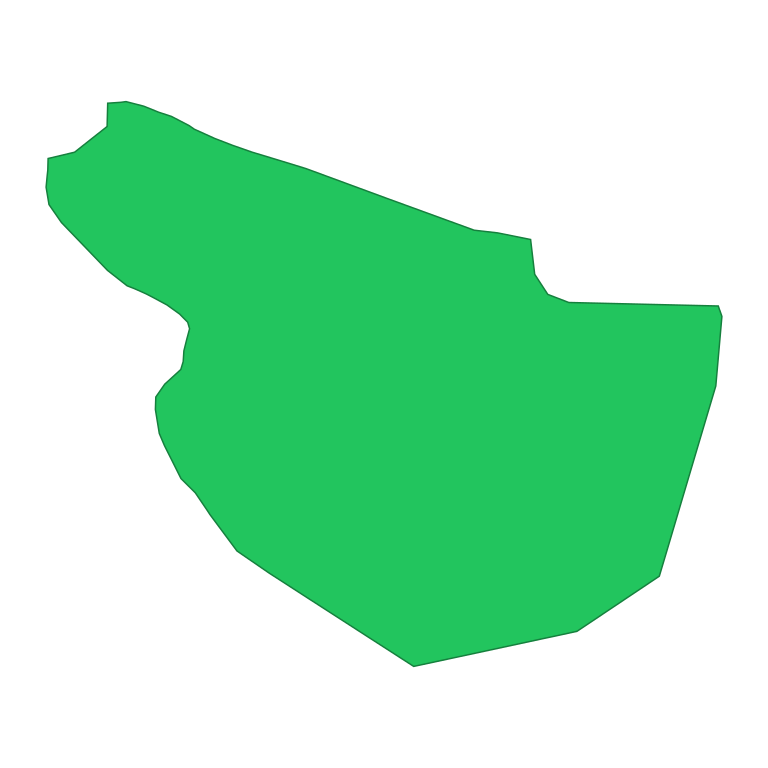 Abu Jabrah, Eastern Darfur, Sudan
{"feature_id": "16777658B57508233382932", "entity_name": "Abu Jabrah", "entity_type": "district", "adm_level": 2, "iso_a3": "SDN", "parent_name": "Sudan", "parent_adm1": "Eastern Darfur", "projection": "orthographic", "projection_center": [26.739, 10.949], "detail": "fine", "context": "isolated", "style": "filled", "palette": "green", "viewbox_px": 768, "rotation_deg": 0, "n_neighbors": 0, "source": "geoboundaries", "source_scale": "gbopen_adm2", "svg_char_len": 1192}
<svg xmlns="http://www.w3.org/2000/svg" viewBox="0 0 768 768"><path d="M48.1,158.5L47.8,170.1L47.2,175.6L46.1,187.2L49.0,204.6L61.5,222.6L107.5,270.4L127.1,285.8L134.3,288.6L145.1,293.4L146.6,294.1L152.2,297.0L166.9,304.9L179.7,314.1L183.8,318.3L187.7,322.2L189.4,328.1L189.6,328.7L186.7,339.5L183.9,350.8L183.2,361.6L180.8,369.5L166.8,382.3L164.8,384.1L155.8,397.0L155.4,409.5L159.3,433.5L164.5,445.7L172.5,461.6L181.0,478.6L195.3,492.8L207.5,510.8L209.9,514.5L237.0,551.0L269.0,573.0L310.3,599.7L413.4,666.2L413.7,666.4L451.0,658.4L544.1,638.4L555.0,636.1L577.0,631.3L624.5,599.5L659.3,576.2L659.4,575.9L668.8,544.3L681.9,500.1L698.2,445.2L715.8,386.0L721.9,316.5L721.8,316.2L721.6,315.5L721.2,314.3L721.1,314.1L720.7,312.9L720.5,312.4L719.8,310.3L719.6,310.0L719.0,308.2L718.9,307.8L718.7,307.4L718.7,307.2L718.4,306.4L718.3,306.0L568.8,302.5L547.8,294.4L534.7,274.3L530.6,239.5L497.7,232.9L474.1,230.2L454.2,222.9L446.2,220.0L386.1,198.1L306.0,168.6L278.0,160.0L251.9,152.1L232.5,145.3L214.6,138.4L194.3,129.2L189.3,125.7L171.4,116.4L158.6,112.2L143.8,106.2L126.0,101.6L120.9,102.3L107.7,103.2L107.1,126.5L74.6,152.2L48.1,158.5Z" fill="#22c55e" stroke="#15803d" stroke-width="1.5"/></svg>